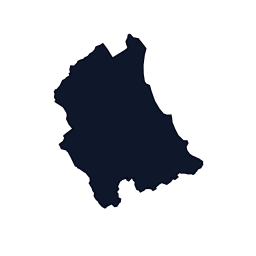 the district of Humacao, Puerto Rico, rotated 305°
{"feature_id": "32010507B58001941007009", "entity_name": "Humacao", "entity_type": "district", "adm_level": 2, "iso_a3": "PRI", "parent_name": "Puerto Rico", "parent_adm1": "", "projection": "albers", "projection_center": [-65.812, 18.138], "detail": "fine", "context": "isolated", "style": "filled", "palette": "ink", "viewbox_px": 256, "rotation_deg": 305, "n_neighbors": 0, "source": "geoboundaries", "source_scale": "gbopen_adm2", "svg_char_len": 2406}
<svg xmlns="http://www.w3.org/2000/svg" viewBox="0 0 256 256"><g transform="rotate(305 128 128)"><path d="M49.1,151.9L49.4,154.9L52.6,155.8L56.7,158.1L56.1,162.1L57.6,163.6L62.3,163.4L62.9,163.9L65.5,162.6L65.0,159.8L68.2,157.4L68.8,155.0L72.5,155.3L73.9,152.8L79.3,151.7L82.7,152.7L86.3,155.6L85.0,156.9L85.2,158.8L89.4,159.4L89.6,160.9L90.1,161.5L88.6,162.0L88.1,165.0L85.6,166.3L82.9,170.6L83.6,172.9L82.8,174.7L86.3,176.6L88.5,176.9L89.4,178.2L90.7,179.7L91.0,180.6L91.8,181.9L91.3,184.2L94.3,185.6L95.1,184.4L100.0,185.5L102.8,186.8L104.2,192.0L108.7,193.5L112.2,193.5L113.0,195.9L116.5,196.9L117.0,194.5L121.4,195.6L121.6,196.6L121.6,197.2L123.9,200.4L125.1,203.6L127.3,206.2L127.2,207.2L127.5,207.8L127.7,208.0L128.5,208.3L129.4,208.5L130.1,208.5L130.4,208.2L131.2,208.2L131.6,208.5L132.4,208.8L134.2,208.3L137.2,210.3L141.1,209.9L141.3,209.5L142.2,208.8L143.1,208.3L143.1,205.7L143.1,205.0L143.1,204.0L142.5,200.9L142.1,198.4L141.7,196.7L141.7,193.2L142.6,190.6L143.1,189.1L145.8,186.1L149.9,185.6L151.2,183.7L149.1,180.7L149.6,178.0L149.9,176.1L150.4,173.1L153.9,166.6L155.3,164.5L157.3,161.3L157.7,160.7L161.0,157.9L163.1,155.8L161.3,153.5L160.7,152.8L159.9,149.9L159.8,149.7L159.6,149.0L161.2,142.8L165.0,134.4L166.5,132.3L171.0,126.0L171.4,125.5L175.0,121.1L174.5,118.7L174.3,118.0L174.2,117.6L175.3,114.6L177.5,112.5L178.7,111.4L181.0,109.2L188.0,104.1L197.2,99.2L202.1,97.4L203.2,97.0L204.8,92.1L205.8,88.7L206.4,86.4L206.9,85.5L205.4,81.9L204.6,80.8L205.6,76.3L205.3,75.4L204.3,75.0L201.8,76.3L197.8,76.9L195.3,79.9L194.7,81.2L193.1,82.2L189.4,81.0L176.2,75.3L180.3,65.8L182.5,59.1L180.0,58.1L176.2,55.5L175.6,55.5L173.1,56.2L169.5,55.7L166.8,54.4L163.7,54.3L160.5,52.4L158.6,52.3L156.5,50.4L153.8,48.9L152.5,49.4L147.6,48.6L146.1,45.7L145.2,46.0L142.6,47.0L140.5,49.4L138.9,48.8L137.7,50.7L133.8,48.9L132.2,48.9L129.4,47.4L123.5,48.4L118.4,47.8L117.5,46.8L115.4,47.1L114.8,48.5L111.0,50.4L110.1,52.9L107.9,53.3L108.3,62.9L106.0,68.3L105.6,69.2L103.2,71.5L100.3,72.6L97.4,77.8L95.9,83.4L89.4,81.3L85.0,80.0L84.5,80.3L84.0,82.0L80.0,82.8L75.4,81.3L73.1,85.3L74.9,90.1L74.6,90.8L74.2,93.0L72.6,96.2L71.6,98.2L66.9,106.6L67.4,108.5L66.8,109.8L67.3,112.1L67.2,113.2L67.2,117.3L67.4,119.4L66.0,124.0L66.1,125.0L63.0,127.8L60.7,128.0L58.3,133.3L56.7,135.2L56.0,137.8L54.0,138.9L52.8,139.7L51.3,143.3L51.4,145.0L50.0,147.8L49.1,151.9Z" fill="#0f172a" stroke="#020617" stroke-width="1.5"/></g></svg>